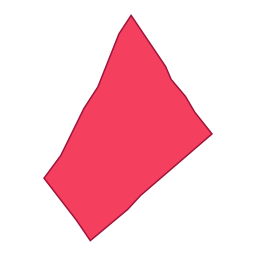 the district of Randa, Tadjourah, Djibouti
{"feature_id": "41766387B54529132802745", "entity_name": "Randa", "entity_type": "district", "adm_level": 2, "iso_a3": "DJI", "parent_name": "Djibouti", "parent_adm1": "Tadjourah", "projection": "mercator", "projection_center": [42.697, 12.023], "detail": "fine", "context": "isolated", "style": "filled", "palette": "rose", "viewbox_px": 256, "rotation_deg": 0, "n_neighbors": 0, "source": "geoboundaries", "source_scale": "gbopen_adm2", "svg_char_len": 311}
<svg xmlns="http://www.w3.org/2000/svg" viewBox="0 0 256 256"><path d="M131.1,15.4L119.0,33.8L97.9,86.9L84.0,108.3L60.8,155.5L44.0,178.2L76.2,219.9L90.3,240.6L127.6,209.5L140.6,195.4L212.0,133.9L194.8,112.3L185.5,96.5L171.1,79.4L165.6,66.5L131.1,15.4Z" fill="#f43f5e" stroke="#9f1239" stroke-width="1.5"/></svg>